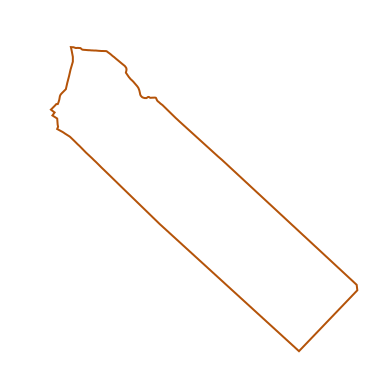 Tura, Al Qahirah, Egypt (Robinson projection), rotated 45°
{"feature_id": "37247803B1884066406604", "entity_name": "Tura", "entity_type": "district", "adm_level": 2, "iso_a3": "EGY", "parent_name": "Egypt", "parent_adm1": "Al Qahirah", "projection": "robinson", "projection_center": [31.303, 29.94], "detail": "fine", "context": "isolated", "style": "outline", "palette": "amber", "viewbox_px": 384, "rotation_deg": 45, "n_neighbors": 0, "source": "geoboundaries", "source_scale": "gbopen_adm2", "svg_char_len": 2450}
<svg xmlns="http://www.w3.org/2000/svg" viewBox="0 0 384 384"><g transform="rotate(45 192 192)"><path d="M191.8,237.5L380.2,228.9L378.4,144.6L374.1,141.2L373.9,141.2L190.4,148.1L184.9,148.5L158.0,149.8L133.3,151.0L129.9,151.1L128.3,151.2L127.7,151.2L109.6,151.4L108.3,151.6L107.0,151.8L105.8,151.8L104.0,152.0L102.9,152.0L102.1,151.8L101.7,151.6L101.1,151.4L100.7,151.2L100.1,151.0L99.7,151.0L99.4,151.2L98.7,151.8L96.6,154.1L96.1,154.7L95.8,154.9L95.7,155.0L95.1,155.1L94.8,155.2L94.6,155.2L94.2,155.4L94.1,155.5L93.7,156.0L93.6,156.6L93.6,156.8L93.5,157.1L93.4,157.6L93.3,157.9L92.9,158.2L92.3,158.9L91.8,159.2L91.3,159.5L90.8,159.8L90.2,160.0L89.7,160.2L89.1,160.2L88.5,160.2L87.5,160.1L86.7,159.8L86.0,159.4L85.2,158.8L84.8,158.6L84.2,158.2L83.4,157.7L82.3,157.1L81.1,156.6L80.7,156.4L79.8,156.2L78.8,156.0L77.8,155.9L76.4,155.8L75.2,155.7L73.7,155.6L72.8,155.5L72.0,155.5L70.5,155.5L68.8,155.6L67.7,155.5L66.9,155.4L66.2,155.4L65.4,155.2L65.2,155.2L61.0,154.4L60.9,154.4L60.7,154.2L60.1,153.1L59.5,152.2L59.4,152.1L59.2,151.9L59.1,151.7L58.9,151.5L58.8,151.4L58.6,151.4L58.4,151.2L58.1,151.0L58.0,150.9L57.9,150.9L57.7,150.8L57.4,150.7L57.2,150.7L56.9,150.6L56.7,150.6L56.3,150.5L56.1,150.5L55.9,150.5L55.6,150.4L55.3,150.4L51.6,150.8L46.1,151.3L44.2,151.5L41.2,151.7L41.0,151.8L39.2,152.0L37.4,152.1L35.7,152.3L35.1,152.4L33.9,152.6L32.9,152.7L32.5,152.8L32.3,152.8L32.2,152.9L31.8,153.0L31.5,153.3L31.4,153.4L31.2,153.5L30.9,153.8L30.7,154.0L30.3,154.4L29.4,155.2L29.0,155.6L28.2,156.4L27.6,156.9L26.8,157.6L25.9,158.4L24.9,159.2L23.7,160.2L22.5,161.4L21.7,162.1L21.1,162.6L20.5,163.2L19.9,163.7L19.3,164.2L19.0,164.5L18.9,164.6L18.5,164.9L18.3,165.2L18.1,165.3L17.8,165.6L17.6,165.7L17.5,165.8L17.3,166.0L16.4,166.7L15.3,167.7L13.9,168.8L13.3,169.0L11.4,169.1L9.9,170.4L9.6,170.6L9.4,170.8L8.7,171.6L8.3,172.1L8.2,172.2L8.1,172.3L7.6,172.6L5.9,173.4L3.9,175.2L6.9,177.1L12.2,180.7L15.6,184.1L19.6,191.4L23.0,196.8L26.7,203.1L30.1,208.5L30.1,212.6L30.1,213.9L30.1,214.0L30.2,216.0L30.8,217.6L32.9,220.6L34.2,223.0L34.9,224.7L33.9,225.7L34.0,228.0L34.0,233.5L36.0,233.3L38.6,232.9L39.2,236.6L44.6,235.4L44.7,235.5L44.9,235.5L49.3,239.3L51.2,240.6L52.1,242.8L57.6,241.2L57.8,241.1L58.8,240.9L59.7,240.7L60.9,240.5L66.2,239.3L67.3,239.2L67.7,239.2L73.4,239.1L77.4,239.1L79.6,239.0L89.2,239.1L97.5,238.8L100.0,238.8L102.5,238.7L107.5,238.7L110.4,238.7L121.8,238.5L138.1,238.3L191.8,237.5Z" fill="none" stroke="#b45309" stroke-width="2"/></g></svg>